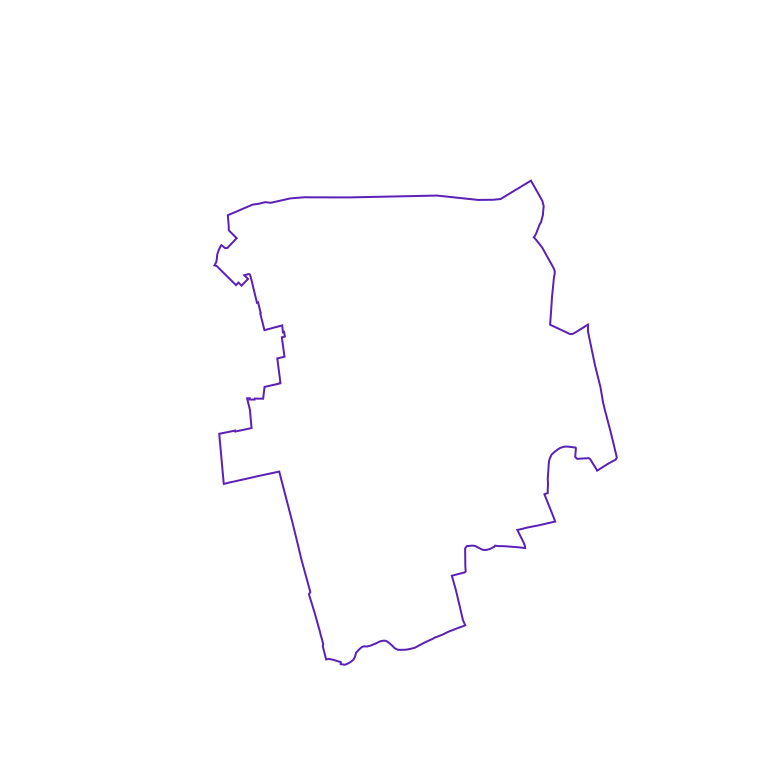 the district of 1 Decembrie, Giurgiu, Romania, rotated 129°
{"feature_id": "2599482B3986064328518", "entity_name": "1 Decembrie", "entity_type": "district", "adm_level": 2, "iso_a3": "ROU", "parent_name": "Romania", "parent_adm1": "Giurgiu", "projection": "natural_earth1", "projection_center": [26.066, 44.294], "detail": "fine", "context": "isolated", "style": "outline", "palette": "violet", "viewbox_px": 768, "rotation_deg": 129, "n_neighbors": 0, "source": "geoboundaries", "source_scale": "gbopen_adm2", "svg_char_len": 4390}
<svg xmlns="http://www.w3.org/2000/svg" viewBox="0 0 768 768"><g transform="rotate(129 384 384)"><path d="M562.4,445.5L561.3,444.7L558.3,442.5L540.2,428.1L537.1,425.7L530.7,420.6L518.0,410.3L522.1,404.8L547.6,370.2L548.3,369.2L565.6,346.5L572.4,337.7L573.4,336.3L586.4,318.2L591.9,310.5L592.6,310.1L594.1,310.2L594.7,309.9L595.0,309.6L595.2,309.2L595.7,308.5L604.9,294.7L617.4,277.1L619.2,274.9L621.1,272.0L623.1,269.3L624.4,267.6L626.6,266.2L627.8,264.6L629.5,262.3L631.3,259.9L632.4,258.4L633.5,257.0L633.7,256.7L634.5,255.7L632.4,253.9L630.4,250.1L628.7,245.9L628.2,244.5L628.1,244.4L628.0,244.1L627.8,243.7L627.6,243.2L627.3,242.7L627.6,242.3L627.8,242.1L628.4,241.8L628.8,241.6L629.0,241.5L629.0,241.4L627.9,239.5L626.7,237.6L623.7,236.0L621.1,235.0L617.4,234.3L614.5,234.8L613.8,235.1L611.0,236.3L610.5,236.6L606.1,236.3L602.3,235.7L600.3,234.3L598.9,232.2L595.8,229.8L593.8,228.8L591.1,227.2L587.1,225.4L585.5,224.4L584.2,223.2L583.2,222.2L582.3,220.6L582.0,216.8L582.1,213.4L582.6,209.6L581.8,205.9L580.3,204.1L578.1,201.3L576.6,199.7L574.2,197.6L572.0,195.9L569.7,194.1L564.4,191.9L560.0,190.0L554.6,187.4L551.7,185.9L548.8,184.8L545.8,182.9L544.2,182.1L541.3,180.4L538.0,179.0L535.5,177.8L532.6,176.1L530.0,174.6L526.9,172.9L523.3,170.6L520.4,169.0L517.9,173.9L513.6,179.5L509.2,185.1L505.9,189.4L500.2,196.8L499.1,198.2L490.3,210.6L480.5,203.4L479.5,202.6L478.1,202.7L474.8,205.8L460.7,217.5L458.6,217.6L457.4,217.4L457.1,216.8L456.3,216.0L455.3,215.0L454.5,214.2L454.1,213.7L453.5,213.0L453.3,212.6L453.1,212.2L452.5,211.2L452.3,210.2L451.5,206.3L451.3,205.4L451.1,204.5L451.1,204.1L450.8,203.3L450.0,201.8L449.7,201.4L448.6,200.1L448.4,199.9L447.3,199.1L446.3,198.4L445.6,198.0L444.6,197.4L443.9,197.1L442.2,196.4L441.8,196.2L441.2,195.9L440.8,195.9L440.4,195.9L439.7,195.9L437.8,192.8L435.6,190.1L434.1,188.1L429.2,181.0L426.2,176.6L422.7,171.1L421.1,172.7L419.6,175.2L417.6,179.5L414.9,185.5L413.5,188.5L412.3,187.5L405.9,182.7L400.2,178.0L397.2,175.4L389.0,169.0L386.1,166.7L384.6,165.5L383.2,164.4L382.5,165.5L379.9,170.0L374.4,179.8L368.9,189.7L368.7,190.0L368.2,189.7L366.8,188.8L365.8,188.1L364.2,189.3L362.8,190.5L361.0,191.8L358.1,193.9L355.0,196.8L350.6,199.9L347.2,202.3L345.6,203.4L342.6,205.6L339.8,207.3L337.7,208.3L335.5,208.8L333.4,209.3L329.7,208.8L324.9,207.6L322.7,206.8L322.4,206.6L319.6,204.7L317.7,202.8L316.2,200.5L313.4,196.0L312.8,195.2L313.1,194.5L314.3,193.6L317.8,191.3L319.6,190.0L320.4,189.4L320.5,188.2L320.6,186.9L320.1,186.2L318.5,184.5L316.9,182.7L315.3,181.0L314.3,179.8L313.2,178.7L312.8,178.3L312.6,176.5L312.8,176.0L314.3,171.9L315.5,168.3L316.9,164.6L317.1,164.0L317.2,163.8L314.2,162.8L310.3,161.5L308.5,160.9L307.0,160.3L306.6,160.3L306.1,160.1L301.8,158.4L297.0,156.4L294.6,156.8L284.9,169.4L279.6,176.4L278.0,178.5L273.4,184.8L269.2,190.5L266.6,194.1L266.3,194.5L260.6,202.0L250.3,213.7L236.6,231.9L233.4,235.8L214.6,258.8L210.2,262.1L209.5,262.9L222.7,267.4L226.2,268.8L227.6,270.1L228.2,271.1L228.8,273.4L229.2,275.3L233.4,292.2L222.8,299.6L222.5,299.8L210.2,308.5L209.6,308.9L197.8,316.6L195.9,317.9L192.8,319.8L191.2,320.5L189.1,322.1L187.6,324.2L184.9,330.7L183.2,335.1L183.1,335.4L178.4,346.9L178.3,347.2L175.6,359.5L175.7,359.8L174.6,359.9L172.1,360.3L171.5,360.4L167.8,361.6L163.4,363.0L162.4,363.4L161.0,363.6L159.5,363.8L152.4,367.0L151.1,368.0L145.3,371.8L142.1,376.1L139.6,382.3L134.6,395.0L133.5,397.8L143.6,401.4L160.1,407.4L163.9,408.7L166.9,409.8L172.2,415.2L181.8,426.8L204.2,461.4L215.2,474.4L260.5,528.0L262.4,530.3L289.1,563.5L298.6,573.5L314.5,586.1L317.5,590.8L322.2,594.3L327.3,599.0L333.5,602.3L335.4,603.3L344.7,608.2L351.1,611.6L357.6,605.4L359.5,603.6L361.5,602.0L362.3,600.9L363.4,590.3L376.8,591.3L378.4,592.9L378.4,597.7L378.9,597.9L384.3,596.6L388.5,595.0L391.9,592.7L394.7,591.1L398.5,590.4L397.6,588.3L400.3,561.2L396.8,561.0L397.2,556.6L387.9,555.8L387.4,561.0L384.0,558.6L383.4,557.9L383.3,557.3L384.3,555.5L386.2,552.9L393.5,543.4L400.8,533.9L399.7,533.3L406.5,524.4L407.0,524.6L417.4,510.8L402.5,500.0L407.4,495.1L406.4,494.4L409.5,490.9L412.0,492.8L425.4,478.5L431.3,483.0L448.2,465.3L448.6,465.7L449.0,465.2L461.4,475.0L471.5,468.7L476.7,475.3L477.6,474.8L480.6,478.7L479.6,479.4L481.3,481.4L488.4,472.0L501.6,459.2L514.5,469.6L513.8,470.3L526.4,480.7L527.3,479.8L529.1,478.1L537.3,470.1L557.1,450.9L561.0,447.1L562.0,446.1L562.4,445.5Z" fill="none" stroke="#5b21b6" stroke-width="2"/></g></svg>